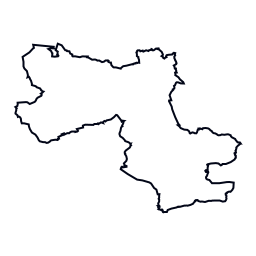 Cobh Lea-6, Cork, Ireland
{"feature_id": "5873133B90074174000916", "entity_name": "Cobh Lea-6", "entity_type": "district", "adm_level": 2, "iso_a3": "IRL", "parent_name": "Ireland", "parent_adm1": "Cork", "projection": "natural_earth1", "projection_center": [-8.365, 51.953], "detail": "fine", "context": "isolated", "style": "outline", "palette": "ink", "viewbox_px": 256, "rotation_deg": 0, "n_neighbors": 0, "source": "geoboundaries", "source_scale": "gbopen_adm2", "svg_char_len": 5791}
<svg xmlns="http://www.w3.org/2000/svg" viewBox="0 0 256 256"><path d="M157.7,194.3L159.4,194.2L159.1,196.1L159.2,197.5L158.8,198.5L159.0,199.0L158.8,199.1L159.2,199.8L159.1,201.7L158.2,203.3L158.5,205.1L159.1,205.7L158.4,205.8L159.3,206.4L158.5,206.3L158.7,206.6L158.4,206.8L158.7,207.0L158.3,207.1L158.2,207.7L159.5,209.1L158.9,209.4L159.1,209.5L159.6,209.2L161.1,210.1L161.9,209.5L162.3,209.6L162.8,210.6L162.6,211.4L163.0,212.1L163.4,212.3L164.3,212.0L166.9,212.0L167.7,210.0L171.4,208.6L176.4,207.5L178.0,206.7L178.3,206.7L178.1,207.0L178.7,206.9L178.4,206.6L179.0,206.9L180.0,206.8L184.4,205.6L186.5,205.6L186.6,205.9L186.5,205.6L186.8,205.5L187.5,205.7L190.5,204.9L193.1,203.7L193.7,202.7L195.0,201.5L194.7,201.4L194.9,200.8L195.8,200.1L197.4,200.0L197.8,200.2L198.2,201.0L200.6,201.7L201.9,201.5L205.0,202.0L208.7,200.8L211.3,200.9L212.2,200.6L216.3,200.5L219.6,200.5L222.8,201.6L225.2,201.2L226.0,200.0L226.5,198.6L226.2,197.4L226.5,196.0L225.7,194.8L225.7,193.7L226.3,193.5L226.1,193.3L227.3,192.3L229.1,191.6L230.5,191.8L232.3,189.9L233.4,187.9L233.7,182.6L229.4,182.0L226.7,182.1L219.3,183.2L212.0,183.2L209.4,180.0L207.3,179.5L206.4,178.8L206.0,177.8L206.2,176.7L207.1,175.7L207.3,174.6L208.3,172.3L208.2,171.9L206.0,172.0L205.3,170.8L205.8,170.2L207.7,169.9L207.6,168.0L208.1,165.7L207.6,165.6L207.2,164.6L207.6,164.3L210.9,163.5L215.8,163.1L218.5,163.5L220.8,165.4L221.7,165.0L222.5,164.0L225.9,164.0L230.7,162.1L234.6,159.5L235.2,158.2L235.8,157.8L235.8,155.8L235.2,155.5L235.3,155.0L234.5,153.6L234.6,153.1L235.5,153.2L236.0,152.4L235.5,150.9L235.8,150.7L236.0,149.4L236.4,148.7L236.3,147.5L237.9,145.7L239.6,144.4L239.4,144.2L240.0,143.3L240.6,143.4L240.0,142.5L237.6,142.3L235.6,139.9L235.2,139.0L231.9,137.3L230.9,136.3L230.7,135.3L228.5,134.4L227.4,134.3L224.4,134.8L221.7,134.5L220.5,135.1L218.5,135.3L217.5,134.9L216.8,134.2L215.2,133.4L213.5,133.1L212.4,132.2L211.6,130.9L210.6,130.5L209.2,129.0L208.1,128.4L205.6,128.0L203.0,128.2L202.4,129.2L199.9,128.4L199.0,128.5L199.3,128.9L198.7,128.9L198.7,129.6L197.8,129.6L197.0,132.3L196.3,133.3L194.5,133.2L193.8,132.7L192.3,132.4L190.2,133.5L189.7,133.1L189.2,131.4L187.4,129.9L184.2,129.6L180.7,128.1L179.3,126.3L177.9,125.2L179.3,124.9L178.3,123.8L175.2,117.1L172.2,109.3L171.7,106.6L169.0,101.1L169.1,100.5L171.3,100.3L169.6,95.2L171.3,91.8L173.1,90.0L172.8,89.4L174.3,88.5L174.4,87.2L174.0,85.9L175.1,85.1L175.9,83.0L176.6,82.3L177.9,82.3L180.8,83.4L183.8,83.5L183.2,82.1L180.0,79.4L178.4,77.2L175.3,75.1L175.5,74.3L175.1,72.7L176.7,72.5L176.1,71.3L176.2,70.5L175.8,69.5L175.9,68.6L174.8,68.5L174.4,66.4L173.8,65.5L176.1,64.2L176.3,63.9L176.2,63.3L176.5,63.1L175.9,61.2L175.2,60.5L175.2,59.9L174.4,58.3L174.3,56.6L175.2,55.3L174.8,54.5L175.2,53.1L173.9,52.8L173.2,53.5L172.8,53.5L172.2,54.5L168.5,54.8L166.6,55.2L166.0,56.4L166.5,57.1L164.6,58.1L164.4,58.5L163.4,58.1L162.8,56.8L161.6,56.1L162.8,55.1L162.9,54.5L161.7,51.9L158.9,49.4L158.1,49.2L158.7,48.7L158.6,48.4L155.9,48.6L154.0,50.1L153.0,50.4L152.3,50.2L151.9,49.2L151.4,49.0L151.0,49.9L149.1,50.2L148.5,51.0L146.1,50.3L143.4,51.6L143.1,51.5L142.7,50.6L140.3,51.3L139.6,50.3L137.6,50.4L137.1,50.9L137.1,51.8L136.4,52.4L136.9,54.0L136.9,56.1L138.4,57.1L138.3,57.9L139.0,59.7L139.2,62.7L138.4,62.5L137.5,63.0L136.6,62.7L135.2,63.2L135.3,63.5L133.6,63.7L133.3,64.3L132.9,64.4L132.6,64.1L126.4,65.7L123.2,66.2L120.8,68.2L120.7,68.6L115.9,67.4L113.7,67.4L113.1,67.0L111.4,65.1L110.9,62.6L110.3,62.7L108.4,61.9L108.0,61.1L108.4,60.7L108.0,60.4L105.5,60.5L103.9,61.7L102.0,62.1L99.2,60.5L97.3,60.6L96.6,60.0L95.0,59.5L92.1,59.7L88.3,57.5L87.2,57.3L87.6,56.5L82.3,56.4L79.9,57.2L75.0,56.3L72.8,56.4L72.2,55.8L72.3,54.5L70.2,53.5L69.4,51.3L67.0,51.1L66.7,50.4L65.2,50.2L61.7,45.3L57.8,43.7L55.7,50.2L57.7,51.6L57.5,52.0L57.6,53.6L57.3,54.3L57.6,54.3L58.4,55.8L58.0,56.3L54.7,56.7L52.1,56.4L52.4,53.3L52.0,53.1L51.2,51.1L48.4,49.0L51.2,48.2L53.9,48.4L53.5,48.0L53.6,47.5L52.3,46.9L52.6,46.7L33.2,44.8L33.9,47.9L33.0,48.5L29.4,52.4L22.6,56.9L23.5,61.8L23.5,66.4L24.4,68.5L26.9,71.1L27.8,74.6L27.9,76.1L27.5,77.3L28.9,76.8L29.7,78.0L30.1,79.2L31.0,80.7L31.9,83.7L31.9,85.1L35.1,86.0L36.3,86.6L36.6,87.2L40.2,88.5L41.1,90.2L41.4,90.2L42.3,91.3L43.4,91.6L42.3,92.7L40.9,93.6L41.4,94.0L41.7,94.9L41.3,95.8L37.6,97.7L36.5,98.9L35.8,100.6L34.7,101.9L29.7,104.0L27.4,102.3L26.0,102.1L17.6,102.7L17.7,104.4L17.3,106.0L15.4,107.0L16.7,108.3L16.2,108.9L16.3,110.1L15.5,112.9L15.5,113.6L17.4,115.2L17.9,116.9L18.8,116.5L20.2,117.4L20.9,118.8L21.1,121.1L21.8,123.3L24.0,123.3L28.7,124.4L29.0,126.6L29.9,129.1L31.9,132.5L35.4,134.6L37.5,137.5L38.8,140.2L39.8,141.3L42.9,142.1L45.2,142.2L46.5,142.9L48.0,142.7L49.8,141.6L50.7,140.6L51.5,140.3L55.4,139.7L57.6,140.0L57.9,139.7L57.7,139.6L57.8,138.9L59.0,138.6L58.4,136.9L62.0,135.3L61.6,134.3L63.9,133.4L64.1,134.7L66.7,133.4L67.9,133.1L69.0,133.3L70.4,132.1L71.9,131.5L75.2,131.5L75.3,132.0L77.4,131.5L78.0,130.9L76.9,129.0L83.1,127.5L82.9,125.6L85.2,124.7L93.4,124.9L94.3,124.0L97.0,124.0L97.9,123.4L98.4,124.1L101.0,122.4L102.9,123.0L102.6,122.5L104.4,121.0L105.4,121.5L106.6,120.4L110.8,119.5L113.9,117.2L116.1,114.9L117.2,115.2L121.1,120.3L121.7,121.7L121.9,121.6L122.0,120.6L124.1,120.9L123.7,121.2L123.2,123.4L122.1,125.7L122.4,126.3L121.7,126.6L121.0,127.9L120.5,130.8L119.5,133.3L119.5,134.3L120.2,136.3L122.7,137.9L124.8,140.2L125.2,141.1L128.4,142.2L129.4,142.8L130.2,143.8L130.7,143.7L130.4,144.2L131.0,145.2L130.5,145.4L130.3,146.6L129.7,147.6L125.7,150.6L124.7,152.1L124.8,153.3L124.9,153.8L125.3,153.8L125.5,155.0L126.3,156.2L126.9,159.0L126.3,160.9L123.9,163.4L124.5,164.7L124.4,165.3L126.5,166.0L126.5,166.8L122.6,167.4L122.7,167.0L122.0,166.7L121.3,167.3L120.7,169.2L127.8,174.1L137.1,179.6L142.4,180.4L149.3,182.4L151.1,183.5L154.1,188.0L156.4,189.6L157.7,194.3Z" fill="none" stroke="#020617" stroke-width="2"/></svg>